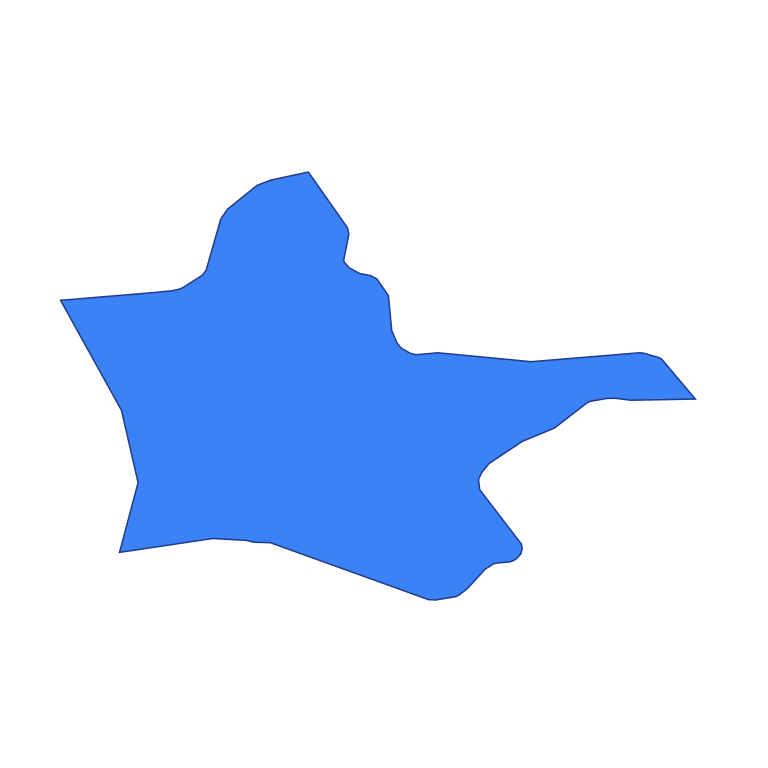 Barking and Dagenham, Mercator projection, rotated 80°
{"feature_id": "GBR-2060", "entity_name": "Barking and Dagenham", "entity_type": "London Borough", "adm_level": 1, "iso_a3": "GBR", "parent_name": "United Kingdom", "parent_adm1": "", "projection": "mercator", "projection_center": [0.139, 51.548], "detail": "fine", "context": "isolated", "style": "filled", "palette": "blue", "viewbox_px": 768, "rotation_deg": 80, "n_neighbors": 0, "source": "natural_earth", "source_scale": "10m", "svg_char_len": 984}
<svg xmlns="http://www.w3.org/2000/svg" viewBox="0 0 768 768"><g transform="rotate(80 384 384)"><path d="M452.9,80.0L442.9,143.4L438.1,159.3L436.9,167.0L436.9,183.5L437.7,187.2L457.0,223.9L464.6,258.1L480.4,294.1L488.1,303.1L494.4,307.5L504.7,308.1L565.5,276.5L570.4,276.5L575.6,279.2L579.0,283.9L580.4,287.3L581.0,291.0L579.9,304.7L580.1,307.2L583.9,316.5L600.1,337.6L604.9,346.9L605.9,350.3L605.7,370.2L604.1,377.6L520.6,523.4L517.2,539.7L514.1,546.7L506.4,579.6L503.9,673.7L438.4,643.3L364.4,647.1L333.8,657.6L245.4,688.0L253.7,598.0L255.4,576.6L255.0,568.9L254.1,565.2L245.4,544.2L241.0,539.4L193.2,516.1L184.6,507.7L166.3,474.5L163.5,459.9L162.1,421.7L223.7,392.9L230.6,392.6L255.0,402.2L257.2,401.9L263.5,398.1L271.0,388.8L274.8,378.6L279.3,372.7L297.9,364.3L332.9,367.1L346.1,364.0L351.6,360.9L358.1,353.1L359.9,349.7L360.9,346.0L362.6,325.5L387.6,235.1L397.6,127.2L398.6,123.2L405.8,108.6L407.6,106.3L452.9,80.0Z" fill="#3b82f6" stroke="#1e3a8a" stroke-width="1.5"/></g></svg>